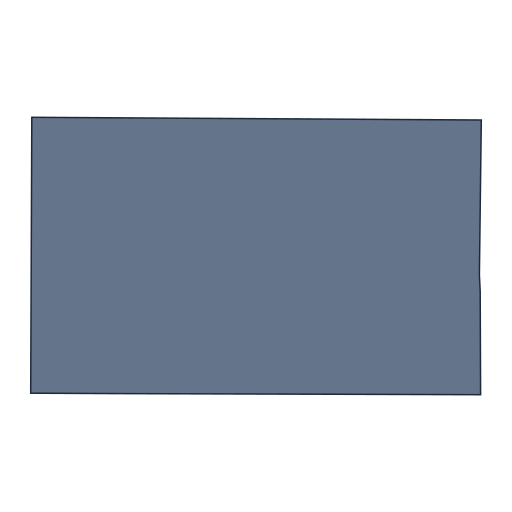 McPherson, Nebraska, United States of America
{"feature_id": "52423323B32100052326403", "entity_name": "McPherson", "entity_type": "district", "adm_level": 2, "iso_a3": "USA", "parent_name": "United States of America", "parent_adm1": "Nebraska", "projection": "robinson", "projection_center": [-100.944, 41.568], "detail": "fine", "context": "isolated", "style": "filled", "palette": "slate", "viewbox_px": 512, "rotation_deg": 0, "n_neighbors": 0, "source": "geoboundaries", "source_scale": "gbopen_adm2", "svg_char_len": 238}
<svg xmlns="http://www.w3.org/2000/svg" viewBox="0 0 512 512"><path d="M480.6,394.7L480.2,291.6L479.4,274.7L481.3,120.0L396.7,119.5L31.8,117.3L30.7,393.2L119.9,393.6L480.6,394.7Z" fill="#64748b" stroke="#1e293b" stroke-width="1.5"/></svg>